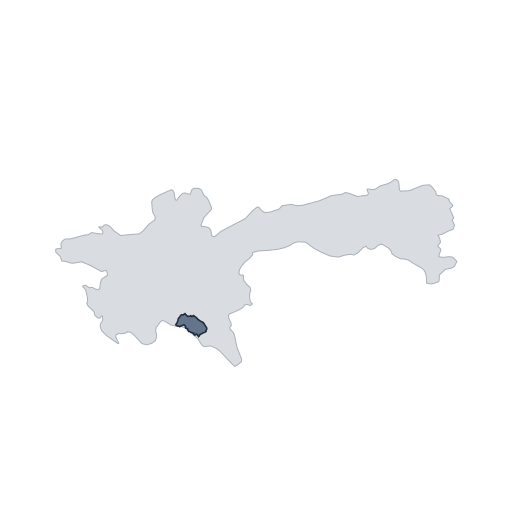 location of Phiang, Xaignabouri, Laos, rotated 295°
{"feature_id": "54806243B59484994865641", "entity_name": "Phiang", "entity_type": "district", "adm_level": 2, "iso_a3": "LAO", "parent_name": "Laos", "parent_adm1": "Xaignabouri", "projection": "natural_earth1", "projection_center": [101.454, 18.877], "detail": "fine", "context": "in_parent", "style": "filled", "palette": "slate", "viewbox_px": 512, "rotation_deg": 295, "n_neighbors": 0, "source": "geoboundaries", "source_scale": "gbopen_adm2", "svg_char_len": 7499}
<svg xmlns="http://www.w3.org/2000/svg" viewBox="0 0 512 512"><g transform="rotate(295 256 256)"><path d="M191.2,76.7L193.2,80.8L202.6,91.8L204.2,94.8L207.7,97.1L210.6,107.0L211.8,107.6L213.3,106.9L214.5,105.5L215.5,101.7L216.1,101.3L217.2,104.4L219.8,105.4L221.0,106.7L221.3,109.1L220.9,111.5L218.7,117.1L217.4,124.6L226.7,140.7L230.5,142.9L239.7,145.5L245.9,149.1L248.8,148.2L251.6,144.3L254.9,142.0L261.0,138.6L262.8,138.4L266.2,139.8L271.8,143.8L280.3,151.3L280.1,153.3L278.5,155.2L274.0,158.2L272.6,160.1L273.5,160.8L277.2,161.3L281.7,163.0L283.1,165.0L283.8,169.4L284.6,170.3L288.8,169.8L290.0,170.4L291.5,171.8L293.0,175.5L293.0,178.3L288.9,183.2L288.5,186.1L286.3,189.6L280.7,195.5L279.2,195.8L268.8,192.6L260.5,193.1L259.8,194.3L261.2,197.8L261.7,201.4L260.4,204.0L255.6,207.5L255.5,209.0L256.5,210.6L263.4,213.7L285.6,230.6L295.7,233.8L300.1,235.9L301.3,237.1L301.2,238.6L300.1,240.5L299.1,243.8L299.1,245.8L300.2,247.7L302.0,250.5L308.2,257.0L312.7,258.5L317.5,265.8L319.0,272.2L321.4,276.4L332.9,290.2L342.6,298.8L348.4,308.0L351.2,310.1L352.1,313.4L352.9,323.1L356.2,327.9L356.9,329.9L358.4,331.3L360.0,331.6L363.4,328.4L364.0,328.9L365.6,334.0L367.0,335.9L372.1,339.0L377.5,345.2L380.5,347.4L384.1,349.2L384.6,351.1L384.0,353.1L382.9,354.4L376.6,358.0L375.8,359.5L380.0,367.4L390.5,377.2L393.8,383.0L393.1,385.9L390.3,391.6L388.1,393.1L387.5,394.9L389.2,399.5L389.1,406.7L387.1,408.4L385.3,412.8L384.0,413.1L380.8,411.5L374.1,419.1L371.2,418.7L367.9,422.9L363.5,423.4L360.5,420.3L354.1,415.3L351.8,412.1L349.8,414.8L346.5,417.4L341.7,416.5L340.5,420.3L339.5,421.0L333.8,421.6L332.7,422.2L333.6,425.7L337.1,431.5L338.1,434.8L336.0,440.3L330.1,440.2L327.4,437.9L324.0,433.3L316.3,430.2L311.3,432.3L309.7,432.2L305.8,428.3L304.4,425.8L303.5,422.1L309.3,419.1L312.3,416.7L314.2,414.2L315.0,411.6L315.9,400.7L316.7,396.9L316.2,392.2L314.6,388.5L314.6,383.0L315.4,378.5L317.6,376.3L319.1,373.0L320.0,365.8L319.3,363.9L317.1,362.2L313.4,360.5L311.1,358.4L310.2,355.8L310.3,353.5L311.4,351.6L308.6,349.4L301.9,347.0L298.2,344.2L297.4,340.8L294.6,336.5L289.8,331.0L287.3,323.2L287.0,313.1L287.5,304.8L289.5,295.2L286.7,288.2L283.6,284.6L279.4,281.9L275.3,278.0L271.4,273.0L266.8,265.6L261.4,255.8L257.7,251.4L255.9,252.4L252.0,251.5L246.1,248.7L240.9,247.1L236.5,246.9L233.6,247.5L232.3,249.1L232.2,250.5L233.3,252.0L232.7,253.1L230.4,254.0L228.6,255.6L226.5,259.2L225.1,263.9L222.9,265.7L219.5,266.1L216.2,267.4L212.9,269.7L211.4,271.5L211.5,272.7L210.8,272.9L209.2,272.3L208.5,270.7L208.5,268.3L206.9,266.6L203.5,265.8L199.6,263.1L192.1,256.3L190.4,256.1L188.0,257.8L184.8,261.6L182.2,263.1L180.1,262.3L178.5,263.7L177.4,267.1L175.3,269.9L165.4,277.2L156.4,286.6L154.1,287.5L148.7,284.8L146.9,283.0L154.4,263.7L155.5,259.0L155.3,252.8L152.1,247.6L152.0,246.1L152.5,244.5L156.3,238.5L160.7,223.1L160.5,218.3L158.6,213.0L157.5,208.0L158.4,201.2L158.0,198.5L156.0,197.2L149.1,195.8L145.2,196.9L143.3,198.8L141.0,200.0L136.7,200.6L132.6,198.3L129.3,194.4L128.4,189.6L132.7,179.2L133.8,175.3L133.6,173.4L132.9,171.4L131.9,171.2L129.7,168.7L127.6,164.4L125.6,162.5L123.7,162.9L122.0,164.5L119.1,168.5L118.2,168.0L120.8,153.7L123.1,147.7L125.9,144.8L128.9,143.7L132.0,144.1L134.6,143.6L136.7,142.1L136.5,141.3L134.0,141.0L133.1,139.4L133.6,136.4L134.7,134.4L136.4,133.5L138.0,130.4L139.6,125.2L141.6,122.6L143.8,122.5L147.8,120.3L153.3,115.9L155.4,111.6L157.5,113.6L156.7,118.5L157.8,119.6L158.4,121.3L158.1,124.1L158.5,126.4L159.4,127.6L160.6,128.1L166.5,126.1L170.0,126.0L175.9,129.6L179.4,126.9L179.4,125.9L176.6,122.5L177.4,110.0L177.1,100.5L172.2,93.4L171.2,90.6L170.7,86.0L169.4,82.1L172.8,78.9L174.7,73.1L177.1,71.7L177.9,71.9L180.8,76.3L184.6,74.1L187.4,74.1L189.9,75.3L191.2,76.7Z" fill="#d9dde1" stroke="#a8b0b8" stroke-width="1"/><path d="M175.7,224.5L175.4,224.5L175.3,224.4L175.2,224.3L175.0,224.5L174.9,224.6L174.7,224.6L174.5,224.4L174.6,224.1L174.6,223.9L174.5,223.7L174.4,223.6L174.5,223.6L174.4,223.5L174.3,223.4L174.4,223.2L174.3,222.9L174.3,222.7L174.2,222.5L174.1,222.4L174.3,222.2L174.3,221.9L174.0,221.8L173.8,221.8L173.5,221.7L173.3,221.1L173.2,220.7L172.7,220.2L172.4,219.9L172.4,219.3L172.6,219.1L172.7,218.7L172.9,218.1L173.1,217.7L173.2,217.4L173.1,217.2L173.2,216.9L173.2,216.7L173.3,216.5L173.2,216.3L173.3,216.3L173.3,216.2L173.4,215.9L173.2,215.9L173.3,215.9L173.2,215.8L173.0,215.6L172.9,215.5L172.8,215.3L172.4,215.2L172.1,215.1L171.8,214.5L171.6,214.1L171.4,213.9L171.2,213.2L170.7,213.0L170.4,213.0L170.1,212.8L169.7,212.7L169.4,212.7L169.2,212.7L168.7,212.7L168.1,212.5L167.9,212.5L167.8,212.4L167.6,212.3L167.3,212.3L167.2,212.2L166.6,212.1L166.4,212.1L166.2,212.1L165.8,212.1L165.5,212.2L165.3,212.2L165.2,212.3L164.7,212.5L164.1,212.6L163.8,212.6L162.1,212.6L161.9,212.6L161.6,212.6L161.4,212.6L161.2,212.5L160.6,212.4L160.2,212.3L159.7,212.3L159.6,212.6L159.5,212.8L159.5,213.0L159.4,213.3L159.5,213.6L159.5,213.9L159.3,214.3L159.3,214.5L159.5,214.8L159.5,215.0L159.6,215.3L159.6,215.5L159.7,215.9L159.7,216.0L159.6,216.3L159.6,216.6L159.7,216.8L159.8,216.8L159.9,217.0L160.0,217.1L160.5,217.3L160.7,217.5L160.8,217.6L161.0,217.6L161.1,217.8L161.1,218.0L161.4,218.3L161.5,218.4L161.7,218.6L161.8,218.7L162.0,218.6L162.1,218.9L162.3,219.0L162.5,219.1L162.8,219.4L163.0,219.6L163.0,219.8L163.2,220.1L163.1,220.4L163.0,220.5L162.8,221.0L162.7,221.1L162.6,221.6L162.6,221.8L162.4,222.0L162.1,222.0L161.8,222.0L161.6,222.0L161.4,222.2L161.4,222.3L161.4,222.5L161.1,222.7L161.0,222.8L160.9,222.9L160.9,223.0L161.0,223.2L161.0,223.3L160.9,223.4L160.9,223.5L161.0,223.7L161.1,223.9L161.1,224.0L161.1,224.4L161.1,224.6L161.0,224.8L160.9,224.9L160.7,224.9L160.3,225.1L160.3,225.5L160.2,225.7L160.1,225.8L159.9,225.9L159.6,226.1L159.3,226.5L159.3,226.8L159.2,226.9L159.3,227.0L159.3,227.3L159.4,227.5L159.5,227.8L159.5,228.0L159.5,228.4L159.5,228.5L159.3,229.0L159.2,229.1L159.2,229.3L159.3,229.6L159.3,229.9L159.4,230.0L159.5,230.1L159.6,230.3L159.6,230.5L159.5,230.8L159.4,231.0L159.4,231.3L159.4,231.5L159.4,231.8L159.5,231.9L159.4,231.9L159.2,232.0L159.0,232.4L158.9,232.5L159.0,232.7L159.0,232.8L158.9,233.0L158.8,233.3L158.7,233.3L158.5,233.5L158.4,233.6L158.5,233.7L158.7,234.0L158.8,234.1L158.7,234.2L158.7,234.3L158.8,234.4L158.9,234.5L159.2,234.5L159.3,234.5L159.5,234.7L159.6,234.8L159.8,235.0L160.0,235.0L160.1,235.3L160.2,235.5L159.9,235.8L159.7,236.0L159.7,236.3L159.5,236.5L159.4,236.7L159.4,236.8L159.2,237.0L159.1,237.3L159.1,237.5L158.9,237.7L158.9,237.8L158.7,238.0L159.0,238.1L159.3,238.3L159.7,238.4L160.4,238.2L160.6,238.2L160.8,238.3L161.1,238.5L161.4,238.9L161.5,238.9L161.8,238.9L161.9,239.0L162.0,239.1L162.2,239.4L162.3,239.5L162.5,239.6L162.8,239.8L163.0,240.0L163.3,240.1L163.5,240.2L163.7,240.4L164.0,240.6L164.6,241.3L165.6,242.1L165.8,242.3L166.0,242.4L166.3,242.6L166.5,242.7L166.8,242.3L166.8,242.2L167.0,242.1L167.4,242.2L167.6,242.2L167.9,242.3L168.4,242.3L168.7,242.3L169.0,242.3L169.3,242.2L169.6,242.0L169.9,241.8L170.2,241.5L170.4,241.2L170.5,241.0L170.6,240.9L170.9,240.4L171.0,240.2L171.7,238.9L171.9,238.7L172.1,238.5L172.3,238.1L172.4,237.8L172.6,237.6L172.9,237.5L173.1,236.4L173.1,236.2L173.3,236.2L173.5,236.1L173.5,235.7L173.5,234.9L173.5,234.5L173.5,234.2L173.5,233.7L173.6,232.8L173.6,232.3L173.7,231.9L173.8,231.5L174.0,231.1L174.0,230.6L174.0,230.3L174.1,230.0L174.1,229.8L174.3,229.7L174.5,229.4L174.6,229.2L174.7,228.9L174.7,228.7L174.7,228.4L174.8,228.0L175.0,227.7L175.3,227.1L175.2,226.6L175.3,226.1L175.4,225.5L175.5,225.2L175.7,224.8L175.7,224.5Z" fill="#64748b" stroke="#1e293b" stroke-width="1.5"/></g></svg>